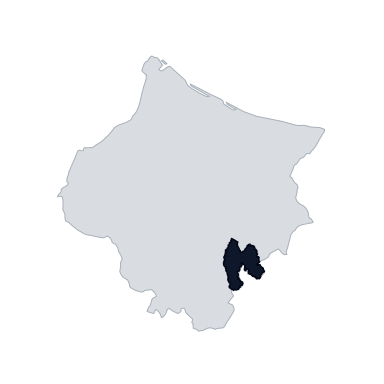 location of Bafing, Bafing, Ivory Coast, rotated 213°
{"feature_id": "98640826B37750272367318", "entity_name": "Bafing", "entity_type": "district", "adm_level": 2, "iso_a3": "CIV", "parent_name": "Ivory Coast", "parent_adm1": "Bafing", "projection": "albers", "projection_center": [-7.651, 8.455], "detail": "fine", "context": "in_parent", "style": "filled", "palette": "ink", "viewbox_px": 384, "rotation_deg": 213, "n_neighbors": 0, "source": "geoboundaries", "source_scale": "gbopen_adm2", "svg_char_len": 9174}
<svg xmlns="http://www.w3.org/2000/svg" viewBox="0 0 384 384"><g transform="rotate(213 192 192)"><path d="M97.8,89.4L98.9,89.3L101.9,88.5L104.6,86.5L107.1,82.3L110.5,79.0L114.3,79.2L115.4,78.6L116.8,78.5L118.4,80.7L120.0,82.4L121.1,82.4L122.0,85.6L128.9,86.9L131.9,87.7L134.4,90.0L135.3,90.1L136.4,89.6L137.2,88.8L137.4,87.9L136.3,85.8L136.7,84.0L137.9,82.3L139.7,82.2L142.4,81.7L145.5,81.7L147.8,82.0L148.7,80.3L147.8,75.6L148.0,73.1L148.4,70.9L149.2,70.0L152.7,72.7L155.9,73.7L158.1,73.8L158.7,73.3L157.8,70.3L158.0,69.4L158.9,68.8L160.3,68.5L164.4,67.3L164.8,67.5L165.6,72.2L165.2,73.8L166.1,77.0L167.1,80.0L167.1,81.2L166.2,83.0L165.2,84.7L165.3,85.4L166.9,86.5L170.0,87.7L173.2,88.0L174.9,86.2L176.8,84.8L178.0,83.6L178.5,81.7L180.5,80.3L186.2,78.6L191.5,78.3L192.8,78.8L195.2,81.4L198.3,83.2L202.9,82.9L206.3,84.0L209.2,85.9L211.2,90.4L213.3,93.6L214.3,98.1L217.7,100.5L220.3,101.5L223.9,104.8L227.6,106.5L231.4,106.1L233.2,107.8L236.1,109.0L239.0,109.0L241.4,105.2L244.8,103.7L253.1,100.5L256.4,99.1L259.8,98.2L267.8,97.9L275.4,98.7L279.1,99.4L281.6,98.8L284.1,100.6L286.6,104.4L288.7,105.6L290.8,106.9L292.4,109.9L294.3,112.8L295.3,114.1L297.6,117.0L299.5,117.1L301.4,115.8L302.2,114.8L302.6,116.7L301.9,119.9L302.1,121.8L303.1,122.6L302.6,125.1L300.4,129.4L300.4,131.9L302.7,132.7L304.3,135.3L305.3,139.9L306.2,141.4L306.3,142.3L308.1,153.4L310.2,164.5L309.0,166.0L307.2,166.4L306.1,167.0L305.8,168.0L306.6,169.5L306.1,170.9L304.0,171.9L299.3,175.5L299.0,176.9L297.8,179.9L296.8,181.8L295.3,185.2L293.0,194.3L292.2,201.7L292.1,204.0L291.2,205.7L290.1,208.0L285.1,214.5L282.5,219.7L282.9,222.0L283.1,224.3L282.3,225.9L282.5,230.3L283.2,234.0L284.1,237.7L287.9,247.9L289.9,254.1L291.2,259.1L292.3,262.5L293.3,263.8L293.7,265.1L299.2,266.0L300.3,266.7L301.9,273.3L301.7,276.2L300.6,277.4L300.7,279.9L300.5,283.0L299.7,284.2L296.6,284.4L294.5,285.6L291.7,285.2L291.5,284.4L290.0,284.1L285.9,282.4L286.5,276.7L284.6,276.5L283.1,277.3L280.3,284.1L278.9,285.3L258.5,282.0L254.0,279.2L248.7,278.6L239.4,279.0L231.8,279.9L229.6,281.7L248.9,280.5L251.0,280.7L252.0,281.7L227.6,284.2L218.3,285.6L215.6,285.2L213.4,283.1L203.3,282.9L201.3,283.6L200.0,285.2L204.0,284.8L210.3,284.7L212.0,285.9L192.3,287.6L178.7,290.8L173.0,293.1L154.0,300.6L142.4,304.2L139.3,305.5L134.1,309.1L127.3,311.4L119.7,315.7L115.0,316.7L114.0,315.3L113.9,308.1L113.2,298.3L113.4,294.6L114.1,291.1L114.1,288.2L116.4,287.1L117.0,285.9L117.3,282.1L119.5,278.7L119.5,272.7L120.2,271.4L120.7,269.8L119.7,265.9L118.5,258.5L117.9,258.0L117.4,258.3L116.2,258.4L111.4,255.9L107.8,255.4L105.2,253.2L105.0,250.7L103.8,249.3L102.9,246.4L101.6,243.1L98.0,241.1L94.6,240.6L92.2,241.0L89.3,240.9L86.1,239.8L83.9,238.5L81.7,236.1L79.8,234.1L78.2,234.4L76.3,233.9L74.4,233.0L73.8,232.4L81.7,224.7L84.4,220.9L84.7,218.6L84.7,216.3L85.6,213.9L85.8,210.2L81.4,197.0L80.4,192.9L79.2,191.7L78.4,191.3L80.6,189.6L83.7,190.0L88.3,191.3L89.3,190.0L92.9,183.4L92.8,180.9L92.4,179.2L94.5,174.6L96.1,172.8L97.0,170.9L96.7,168.3L95.5,167.4L93.8,167.5L91.9,166.9L88.9,165.4L87.4,164.1L87.9,158.0L88.2,156.2L89.2,155.1L90.9,154.8L95.5,154.6L99.2,155.3L102.4,155.7L104.2,155.7L105.6,157.5L107.5,159.3L109.1,159.3L109.7,157.9L109.3,152.0L108.2,148.8L105.7,145.8L99.3,143.2L99.1,139.6L99.8,135.6L101.2,134.2L106.0,131.7L105.1,130.4L103.6,128.9L100.5,127.5L101.2,122.8L101.4,118.6L98.8,119.0L96.2,119.3L94.0,118.0L92.1,115.4L91.8,108.4L91.8,100.3L91.4,96.8L92.1,94.8L94.4,93.1L96.9,90.8L97.8,89.4ZM289.1,285.3L288.1,286.9L282.9,285.9L284.1,284.6L289.1,285.3Z" fill="#d9dde1" stroke="#a8b0b8" stroke-width="1"/><path d="M108.2,132.1L107.8,132.4L106.6,132.1L105.4,132.1L105.0,132.2L104.6,132.6L104.3,132.7L103.7,132.1L103.5,132.4L103.4,133.1L102.9,133.7L101.7,133.7L101.4,134.5L100.0,135.7L100.0,135.9L100.3,136.6L100.2,137.1L100.6,137.4L100.5,137.6L100.2,137.9L99.8,138.5L100.3,138.7L100.8,139.2L100.8,139.5L100.1,139.8L99.8,140.9L99.2,140.8L99.1,141.0L99.1,141.9L99.7,142.7L99.7,143.2L100.1,143.3L100.5,143.9L101.5,143.8L101.8,143.3L102.5,143.2L102.8,143.3L103.2,143.9L103.5,143.8L104.0,144.0L104.4,144.5L105.0,144.2L105.4,144.1L105.7,144.2L106.0,144.0L106.3,144.0L106.4,144.4L105.8,145.3L106.5,145.6L107.6,145.6L107.6,145.8L107.7,146.3L107.6,147.2L108.4,148.3L108.7,148.5L109.5,148.6L110.5,149.9L110.4,150.2L109.7,151.1L109.3,151.9L109.4,152.4L110.7,154.4L110.8,154.7L110.7,155.1L110.7,155.6L110.3,156.0L110.4,156.8L110.3,157.1L110.2,157.4L110.5,157.7L110.7,158.2L111.1,158.5L111.3,159.0L111.8,159.3L111.7,159.5L111.4,159.5L111.2,159.5L110.9,159.6L110.8,159.4L110.6,159.3L110.3,159.5L109.9,159.3L109.6,159.5L108.5,159.3L107.9,159.5L107.6,159.4L107.2,158.6L107.2,158.3L106.8,157.7L106.8,157.4L106.5,157.0L106.4,156.6L106.1,155.8L105.6,155.5L105.5,155.2L104.9,155.3L104.6,154.9L104.4,154.9L104.3,155.2L104.4,155.5L104.1,155.6L104.4,156.9L104.1,157.4L103.9,157.5L103.4,157.5L102.6,157.7L102.3,157.6L102.3,157.3L102.1,157.1L101.8,157.1L101.5,157.0L101.2,157.0L101.3,156.5L100.9,156.5L100.8,156.4L100.9,156.1L101.2,156.0L101.3,155.8L101.0,155.2L100.5,154.7L100.3,154.3L99.8,154.6L99.1,154.5L98.7,154.6L98.5,155.1L97.7,154.9L97.3,155.0L96.9,154.7L96.1,154.7L95.3,154.3L94.8,154.6L94.4,154.6L94.0,154.9L93.9,155.1L93.4,155.3L93.2,155.1L92.7,155.2L92.5,154.9L92.4,154.9L92.1,155.2L91.9,155.2L91.8,154.8L91.3,154.8L91.0,154.5L90.4,154.4L90.2,154.5L89.9,155.4L89.2,155.9L88.5,155.8L88.3,156.0L88.2,156.4L88.1,157.6L88.6,158.3L88.5,158.7L89.1,159.9L89.2,160.3L88.8,161.4L88.9,161.8L88.9,162.0L89.1,162.4L89.0,163.1L88.8,163.4L88.3,163.7L88.0,164.5L88.1,165.0L89.3,165.5L90.0,165.9L90.7,166.8L91.7,167.0L92.8,166.7L93.5,167.1L93.9,167.1L94.4,167.3L94.9,167.9L95.5,168.0L95.6,167.9L95.6,167.5L95.8,167.1L96.0,167.0L96.5,167.2L96.4,166.7L96.5,166.4L96.7,166.2L97.0,166.9L97.3,167.0L97.5,166.9L97.9,166.5L98.2,166.4L98.4,166.6L97.9,167.5L97.8,168.6L98.0,169.2L97.7,169.5L97.3,169.9L97.3,170.1L97.5,170.5L97.9,170.5L98.6,170.8L99.2,172.0L99.9,172.4L99.8,172.6L99.9,173.3L100.3,173.6L100.7,173.4L100.7,173.6L100.9,173.6L101.0,173.8L101.7,173.5L101.7,173.1L102.0,173.2L102.9,173.3L103.0,173.4L103.0,174.0L103.1,174.5L103.3,174.6L103.5,174.9L103.2,175.1L103.3,175.7L103.5,175.8L103.6,175.6L103.9,175.8L104.3,175.8L104.6,176.3L104.8,176.4L105.1,176.3L105.2,176.6L105.0,177.2L105.1,177.4L105.3,177.2L105.7,177.4L105.8,177.6L105.8,177.9L106.1,178.0L106.2,178.3L106.5,178.4L107.5,178.6L107.9,178.5L108.1,178.6L108.6,178.4L108.8,178.7L108.6,178.8L108.8,179.2L109.0,179.3L109.4,179.2L109.3,179.6L109.5,179.9L109.8,180.0L110.2,179.7L110.8,180.3L111.0,180.2L111.4,180.2L111.6,180.2L111.9,179.9L112.3,179.9L112.4,179.7L112.3,179.3L112.6,179.0L113.1,179.1L113.3,178.8L113.4,179.1L113.4,179.3L113.6,179.5L113.9,179.5L114.1,179.5L114.4,179.2L114.7,179.2L114.6,178.9L115.0,179.5L115.2,179.1L115.5,179.2L115.8,178.9L115.9,178.6L115.8,178.3L116.0,178.2L116.1,177.8L115.8,177.6L115.7,177.4L116.0,177.1L116.4,177.2L116.5,177.0L116.2,176.7L115.9,176.6L116.0,175.5L116.0,175.3L116.1,175.1L116.0,174.4L116.1,174.2L116.2,173.8L116.2,173.6L116.1,173.3L116.3,173.2L116.4,172.9L116.4,172.5L116.2,172.3L116.1,172.1L115.9,171.8L115.9,171.6L115.9,171.2L116.0,170.9L116.7,170.3L117.0,169.9L117.2,169.4L117.2,169.1L117.7,168.3L118.4,168.0L119.0,168.0L119.3,168.4L119.3,168.7L119.4,168.8L119.5,169.0L120.3,169.2L120.6,169.3L120.9,169.6L122.1,170.3L122.5,170.6L123.1,170.8L123.7,171.3L123.9,171.3L124.0,171.4L124.6,171.5L125.0,172.3L125.5,172.7L125.6,173.1L126.1,173.6L126.1,174.3L126.2,174.5L126.4,174.5L126.4,174.9L131.5,174.8L133.4,174.5L133.3,173.9L132.7,173.4L132.6,173.1L133.0,172.7L132.8,172.2L132.4,172.2L132.3,171.3L132.0,170.9L132.2,170.6L132.8,170.3L133.0,169.8L132.4,168.8L132.0,168.5L132.0,168.3L132.1,167.5L132.5,167.5L132.7,167.2L132.3,166.8L132.2,166.4L131.9,165.9L131.6,165.7L131.6,165.4L131.3,165.2L130.9,164.9L130.9,164.7L131.7,164.3L131.9,164.1L131.5,162.7L130.8,162.3L130.9,162.1L131.1,162.0L131.5,162.0L132.1,161.8L132.3,161.7L132.3,161.4L132.0,161.2L131.7,160.8L131.2,160.6L131.1,160.4L130.7,160.4L130.5,160.2L130.6,159.7L131.1,159.5L131.0,159.3L130.5,159.1L130.3,159.0L130.3,158.5L130.5,158.0L130.3,157.7L130.2,157.3L130.1,157.1L129.7,157.0L130.0,156.9L129.9,156.3L129.6,156.2L129.4,155.8L129.5,155.7L129.9,155.5L129.8,154.7L129.5,154.3L129.1,154.0L128.3,153.8L128.0,153.5L127.8,153.1L127.8,152.6L127.3,152.3L127.4,152.1L127.6,152.0L127.6,151.7L127.5,151.4L127.2,151.2L127.1,150.9L126.9,150.8L126.9,150.2L127.1,150.1L126.9,149.8L126.8,149.5L126.4,149.2L126.2,148.7L125.8,148.5L125.6,148.1L125.4,148.0L125.2,147.7L124.6,147.6L124.1,147.3L124.0,147.5L123.8,147.5L123.6,147.6L122.9,147.5L122.7,147.1L122.6,147.4L122.1,147.4L121.9,147.2L122.0,146.9L121.8,146.5L121.9,146.3L121.7,146.0L121.3,145.6L121.3,145.4L121.1,145.3L121.0,145.0L120.7,145.0L120.4,144.8L120.8,144.6L120.7,144.4L119.9,144.2L119.8,144.4L119.5,144.1L118.6,143.5L117.9,142.6L116.6,141.4L116.3,141.2L116.3,141.3L116.2,141.2L115.5,141.0L115.4,140.9L115.1,140.7L114.9,140.0L114.9,139.9L115.0,139.5L114.2,138.8L114.5,138.6L114.3,138.3L114.0,138.2L114.0,137.7L113.8,137.6L113.5,137.6L112.4,136.7L111.4,136.4L111.2,136.1L110.9,136.2L110.6,136.4L109.9,136.2L109.7,135.6L109.7,134.6L109.5,133.9L109.5,133.2L109.1,132.6L108.6,132.3L108.2,132.1Z" fill="#0f172a" stroke="#020617" stroke-width="1.5"/></g></svg>